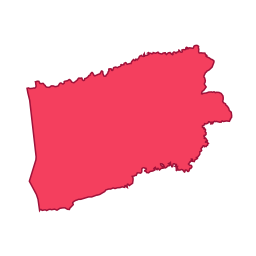 outline of Worodougou, Worodougou, Ivory Coast, rotated 83°
{"feature_id": "98640826B81277132888560", "entity_name": "Worodougou", "entity_type": "district", "adm_level": 2, "iso_a3": "CIV", "parent_name": "Ivory Coast", "parent_adm1": "Worodougou", "projection": "mercator", "projection_center": [-6.759, 8.427], "detail": "fine", "context": "isolated", "style": "filled", "palette": "rose", "viewbox_px": 256, "rotation_deg": 83, "n_neighbors": 0, "source": "geoboundaries", "source_scale": "gbopen_adm2", "svg_char_len": 5657}
<svg xmlns="http://www.w3.org/2000/svg" viewBox="0 0 256 256"><g transform="rotate(83 128 128)"><path d="M78.1,194.3L78.0,195.5L77.2,196.9L76.9,198.5L76.9,199.1L78.1,201.1L77.6,203.7L76.7,204.7L75.7,205.0L75.0,205.8L73.5,206.6L73.3,207.3L73.4,208.7L73.0,210.0L70.8,210.8L70.5,212.3L70.9,214.3L72.1,214.0L72.5,214.2L74.8,214.1L75.9,214.3L76.8,215.2L77.1,215.8L76.8,216.5L77.0,217.9L76.9,220.6L76.1,221.9L76.3,223.4L81.1,223.1L88.6,222.2L145.4,222.7L148.4,223.3L168.8,232.4L182.8,227.0L187.8,226.0L199.1,225.8L198.4,225.2L198.2,224.4L199.3,223.2L199.1,220.6L199.3,219.7L200.0,218.8L199.2,216.5L199.2,215.2L199.8,213.8L199.6,210.8L200.9,208.5L199.4,205.3L199.3,202.2L199.6,200.2L201.3,198.0L201.7,196.1L200.6,195.6L197.4,191.7L196.7,191.7L196.0,192.1L195.3,192.0L194.1,190.3L193.4,188.5L193.3,187.5L192.8,186.0L193.0,183.5L191.6,175.4L192.0,172.5L190.7,166.8L190.9,166.5L190.5,164.1L188.2,158.8L186.8,157.6L186.2,154.5L186.5,152.7L185.7,150.0L186.5,148.3L186.0,145.8L186.2,143.2L185.7,140.9L186.5,138.6L185.3,138.3L184.8,137.9L185.0,137.4L185.9,137.0L186.9,135.9L185.0,136.0L183.7,135.4L183.8,134.8L185.3,133.8L183.4,130.2L180.1,129.3L178.1,129.1L176.5,129.7L176.4,127.7L175.9,126.8L176.0,125.6L173.7,124.3L173.9,122.3L174.3,121.3L174.2,120.7L173.3,119.7L170.2,119.2L169.7,118.8L169.3,117.5L169.4,116.8L170.1,116.0L170.1,115.2L171.1,114.8L171.8,115.4L172.3,116.6L172.7,116.7L173.5,115.3L174.5,115.0L175.0,113.1L173.8,111.2L173.7,108.6L172.9,106.4L172.0,106.4L171.6,107.3L170.7,106.5L170.4,105.6L171.4,105.4L172.8,104.5L172.9,104.1L171.8,103.6L171.7,103.1L173.5,101.9L172.0,99.7L172.2,98.2L172.0,97.6L171.2,97.6L169.4,99.7L168.2,100.1L167.4,100.0L167.7,98.5L168.6,98.1L168.8,97.3L169.6,97.2L170.2,96.8L171.9,96.4L172.2,96.1L171.7,94.5L170.5,93.3L170.5,91.9L170.2,91.2L169.0,90.9L168.5,91.3L168.5,92.1L168.3,92.2L168.0,91.0L167.4,90.1L169.4,90.2L170.8,89.4L171.7,89.3L171.9,88.9L171.7,88.3L169.3,87.6L169.1,87.3L169.1,86.2L169.7,85.8L170.1,84.4L171.2,84.5L171.0,85.3L171.8,86.0L172.2,84.7L172.2,83.5L172.7,83.7L173.4,85.1L174.6,84.9L175.7,85.3L176.1,85.0L175.6,84.1L174.2,84.0L174.2,83.8L175.9,83.1L176.1,81.6L175.7,80.1L176.1,78.9L178.6,77.4L178.4,76.9L176.8,76.3L176.7,75.9L177.0,74.8L178.3,74.2L178.5,73.6L178.0,72.7L175.7,71.6L175.8,70.6L174.6,69.4L173.9,69.3L173.1,69.6L172.8,69.8L172.4,71.4L171.1,72.4L170.9,72.3L170.2,71.3L169.3,70.9L169.3,70.3L168.5,69.8L168.1,68.8L166.6,68.9L166.7,68.1L167.2,67.8L168.8,68.5L169.4,66.3L168.5,65.9L167.6,65.1L166.8,62.9L165.6,63.6L165.5,62.5L162.9,60.0L160.3,59.6L160.0,58.4L159.2,57.6L157.5,58.1L157.0,57.5L156.6,57.4L156.1,56.4L155.3,56.2L154.8,55.4L154.9,54.8L155.9,54.4L155.6,53.6L155.9,52.6L155.1,52.1L154.7,51.1L153.5,50.8L153.1,50.1L151.7,51.2L151.6,52.6L151.4,52.8L150.7,52.4L151.0,51.2L150.5,50.7L147.7,52.1L147.2,52.7L147.7,53.3L147.6,53.5L146.9,53.4L146.4,53.0L145.3,53.7L144.6,53.3L144.6,52.3L144.0,51.4L142.1,51.1L141.2,51.9L140.9,51.9L140.2,51.5L139.1,51.3L138.0,52.0L138.3,52.6L137.7,53.0L136.8,52.6L136.4,54.0L135.0,53.9L134.1,51.6L133.0,51.4L133.4,49.9L133.0,48.2L131.6,47.1L131.9,46.0L132.6,45.9L133.5,45.0L134.0,45.2L134.0,44.5L133.6,44.2L132.4,43.9L132.8,42.9L133.2,42.9L132.3,42.2L131.9,41.4L132.3,40.7L132.2,39.5L133.4,36.3L133.5,34.7L132.9,34.4L132.5,33.7L133.2,32.4L133.0,29.4L133.7,26.5L132.5,25.8L132.1,25.3L131.5,25.3L130.1,23.9L128.4,23.6L124.9,23.6L123.0,25.3L120.6,25.7L118.3,26.9L117.5,27.9L115.9,28.3L114.7,29.9L113.2,30.8L111.0,30.0L109.1,29.8L107.6,29.9L105.1,31.3L103.8,33.3L103.3,35.8L103.6,36.6L103.3,37.4L102.8,37.6L102.6,38.7L102.9,39.8L102.4,40.7L102.2,43.5L102.8,46.0L102.8,49.2L103.2,50.1L103.0,50.8L102.1,50.6L100.6,49.9L99.9,48.3L96.8,45.4L94.1,46.8L92.9,46.7L92.2,46.0L90.5,45.5L87.7,45.8L86.7,46.4L85.6,46.3L82.5,44.4L81.9,43.3L81.2,42.8L80.2,40.3L77.8,37.1L73.4,34.8L72.1,34.5L71.6,34.7L70.4,36.0L69.6,37.5L68.5,38.6L66.5,41.7L66.0,41.7L65.8,40.9L65.6,40.9L64.5,42.1L63.0,42.6L62.6,45.5L62.3,46.2L62.3,47.9L61.9,48.4L60.4,48.6L58.4,48.1L57.0,48.4L55.6,48.0L54.6,49.0L54.3,50.1L54.4,51.6L54.9,52.6L56.3,53.2L56.8,53.8L55.9,57.2L56.6,58.5L56.5,59.9L56.0,59.8L55.6,59.0L55.0,60.1L55.4,60.7L57.1,61.3L57.2,62.7L56.9,63.5L57.2,65.0L58.8,64.8L59.2,65.1L59.3,65.9L59.0,66.7L57.3,67.5L57.0,68.0L57.7,68.1L58.4,68.6L58.8,70.4L59.7,70.9L60.0,70.8L58.4,72.3L58.2,73.3L59.2,74.5L60.4,74.4L60.7,74.7L60.0,75.9L59.3,76.1L58.9,76.5L58.9,76.8L58.2,77.1L58.3,78.8L59.7,81.0L58.8,81.4L58.6,81.9L57.9,81.8L57.8,82.1L57.9,83.8L58.1,84.5L58.5,84.8L58.6,85.8L57.4,88.5L56.6,88.7L56.4,89.0L57.2,91.6L56.2,93.8L57.0,94.3L57.3,95.2L56.5,96.5L56.5,97.4L55.6,98.5L56.0,99.2L56.3,98.4L57.4,98.3L57.6,98.5L57.6,99.2L58.1,99.8L58.3,102.4L57.7,102.8L56.2,102.8L57.8,104.0L57.5,103.4L58.3,103.0L58.8,103.1L58.8,104.4L58.1,105.6L57.5,106.0L58.1,106.9L58.0,107.4L58.5,108.0L59.8,108.7L61.5,110.6L60.6,111.7L61.8,112.5L61.9,113.1L60.7,114.1L61.1,114.7L62.6,116.3L64.4,117.2L64.2,118.1L64.7,121.1L63.2,121.9L62.8,122.4L63.4,124.0L64.7,124.4L64.6,125.3L64.9,126.8L63.7,127.1L65.4,127.5L65.9,128.1L66.1,129.5L66.8,131.0L66.0,132.9L66.3,134.7L66.8,135.2L68.9,136.2L69.0,136.8L68.8,137.1L67.3,137.5L67.0,138.7L67.2,139.9L69.1,140.0L69.6,140.7L71.5,141.6L72.8,143.2L73.8,143.8L73.7,145.2L73.2,145.7L70.8,146.3L69.1,146.2L68.4,146.7L68.2,147.4L70.8,149.2L71.1,150.8L72.2,154.5L72.0,155.1L71.6,155.3L68.6,156.6L68.5,157.3L69.9,158.8L71.1,159.4L71.2,160.5L72.2,161.2L73.5,163.3L73.7,164.9L75.2,165.4L75.5,166.2L75.2,166.9L74.5,167.4L72.9,167.7L72.7,168.1L72.8,169.8L72.4,170.5L72.8,171.3L74.3,172.6L76.5,176.2L75.7,178.2L73.5,179.3L72.7,180.4L73.7,182.2L73.9,185.0L74.2,185.7L75.6,185.8L76.4,187.0L76.3,187.6L75.1,189.1L75.4,190.3L77.8,192.3L78.1,194.3Z" fill="#f43f5e" stroke="#9f1239" stroke-width="1.5"/></g></svg>